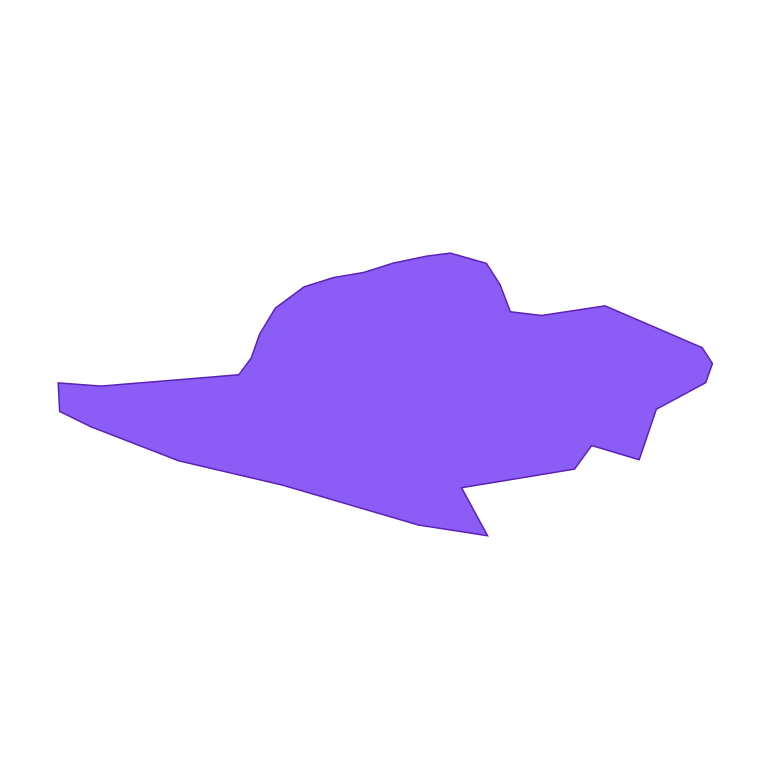 outline of Thurrock, rotated 187°
{"feature_id": "GBR-2676", "entity_name": "Thurrock", "entity_type": "Unitary Authority", "adm_level": 1, "iso_a3": "GBR", "parent_name": "United Kingdom", "parent_adm1": "", "projection": "equal_earth", "projection_center": [0.371, 51.502], "detail": "fine", "context": "isolated", "style": "filled", "palette": "violet", "viewbox_px": 768, "rotation_deg": 187, "n_neighbors": 0, "source": "natural_earth", "source_scale": "10m", "svg_char_len": 563}
<svg xmlns="http://www.w3.org/2000/svg" viewBox="0 0 768 768"><g transform="rotate(187 384 384)"><path d="M707.5,345.4L664.9,347.4L529.2,375.5L519.0,393.5L513.5,418.4L501.1,446.1L475.3,470.6L447.1,483.5L417.9,492.2L389.2,505.3L357.3,516.1L334.1,522.0L297.1,516.2L281.0,496.9L267.4,471.1L236.1,471.2L174.1,488.5L72.6,458.8L60.5,444.3L64.9,424.5L76.2,416.5L110.6,392.2L121.5,339.9L170.4,348.2L184.5,322.8L294.4,290.5L262.7,246.0L332.6,248.2L472.1,271.2L578.2,282.7L669.3,305.7L702.6,317.2L707.5,345.4Z" fill="#8b5cf6" stroke="#5b21b6" stroke-width="1.5"/></g></svg>